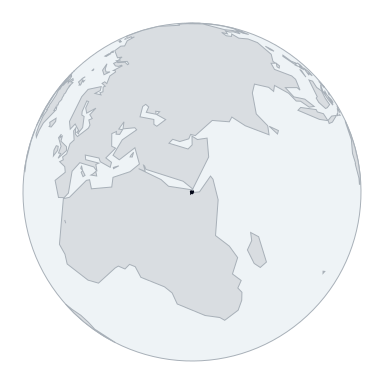 the Earth from above Tadjourah, rotated 320°
{"feature_id": "DJI-1571", "entity_name": "Tadjourah", "entity_type": "Region", "adm_level": 1, "iso_a3": "DJI", "parent_name": "Djibouti", "parent_adm1": "", "projection": "orthographic", "projection_center": [42.622, 12.035], "detail": "fine", "context": "on_globe", "style": "filled", "palette": "ink", "viewbox_px": 384, "rotation_deg": 320, "n_neighbors": 0, "source": "natural_earth", "source_scale": "10m", "svg_char_len": 8783}
<svg xmlns="http://www.w3.org/2000/svg" viewBox="0 0 384 384"><g transform="rotate(320 192 192)"><circle cx="192" cy="192" r="169" fill="#eef3f6" stroke="#a8b0b8"/><path d="M117.3,40.4L116.3,40.9L114.9,41.7L117.3,40.4ZM108.6,45.0L112.1,43.3L101.3,49.6L92.0,56.5L89.4,58.4L86.6,60.0L87.6,59.1L97.9,51.7L108.6,45.0ZM79.7,65.8L79.8,65.7L77.2,68.0L79.7,65.8ZM23.1,196.6L24.7,204.8L27.6,215.1L28.9,225.2L29.3,234.5L36.3,257.4L36.6,258.3L32.0,246.4L28.4,234.3L25.7,221.9L23.9,209.3L23.1,196.6ZM160.3,26.0L160.6,26.0L157.7,26.6L157.2,26.7L160.3,26.0ZM148.3,29.1L149.8,28.6L152.4,27.9L148.3,29.1ZM161.3,25.9L162.2,25.7L163.4,25.5L163.7,25.5L161.3,25.9ZM174.1,24.0L172.1,24.2L174.1,24.0ZM167.6,24.9L160.7,26.1L157.3,27.0L154.9,27.5L160.8,26.0L167.6,24.9ZM165.4,25.2L169.2,24.6L167.6,24.9L165.4,25.2L165.2,25.2L165.4,25.2ZM179.7,23.5L178.9,23.6L179.4,23.5L179.7,23.5ZM167.0,25.1L168.7,24.9L167.0,25.1L167.0,25.1ZM175.8,23.9L176.2,23.8L177.5,23.7L175.8,23.9ZM171.6,24.6L169.4,24.8L169.1,24.8L171.6,24.6ZM173.9,24.2L175.4,24.1L170.4,24.6L173.9,24.1L173.9,24.2ZM176.9,23.8L177.7,23.7L176.5,23.8L176.9,23.8ZM173.9,24.9L167.5,25.6L166.9,25.3L173.2,24.6L173.9,24.9ZM272.8,43.6L277.7,47.3L289.5,56.2L290.1,55.4L294.3,58.1L308.2,70.1L321.4,88.7L327.1,94.6L330.0,98.8L330.6,101.8L326.4,95.6L323.7,93.8L321.2,90.2L320.8,93.7L317.3,88.8L318.7,94.4L322.3,98.2L324.0,96.5L326.7,104.2L333.3,110.8L338.2,119.7L341.2,137.4L338.0,143.9L338.7,147.0L335.3,144.2L334.0,151.1L343.0,167.2L343.8,172.3L340.2,183.4L339.6,179.6L330.6,172.1L331.2,184.6L338.1,193.4L340.6,205.0L336.3,202.3L333.5,192.2L330.3,189.3L329.5,178.5L323.7,163.4L319.2,167.4L318.0,161.1L309.2,149.5L301.9,154.9L291.4,173.5L292.6,189.9L287.8,197.7L275.4,175.5L270.7,160.2L265.7,162.2L253.5,150.2L230.8,150.9L228.0,147.0L223.7,149.2L215.1,145.5L211.1,139.2L205.7,139.8L216.6,156.5L222.4,156.0L227.9,149.2L229.9,155.3L238.2,160.4L227.3,175.9L194.5,190.2L192.1,178.0L171.3,145.1L172.4,141.4L172.3,141.0L172.1,140.3L169.4,146.2L166.1,139.8L176.3,162.6L177.7,172.5L194.0,191.0L192.3,192.9L197.8,196.7L216.4,191.7L216.3,195.7L207.0,214.8L182.0,240.5L185.8,257.5L184.8,271.6L170.3,280.8L172.8,291.4L165.4,295.0L165.8,300.9L160.5,306.9L151.4,312.2L134.6,311.3L132.6,306.0L122.7,295.1L108.7,268.3L111.9,256.6L110.0,247.0L98.0,224.5L100.5,212.7L97.6,207.3L91.2,207.9L87.9,201.4L84.2,200.8L61.8,201.7L55.7,192.7L50.1,166.9L54.7,158.0L56.8,146.9L89.2,114.4L94.7,117.3L118.6,115.2L121.4,116.8L117.0,124.9L133.7,136.6L140.9,130.0L157.6,136.6L169.7,136.8L176.7,121.4L157.0,120.6L155.1,113.1L172.1,107.2L189.6,108.8L189.5,106.0L179.7,99.3L185.0,94.5L176.4,96.7L178.9,99.6L173.6,101.4L171.0,98.9L173.0,97.1L168.1,95.7L159.9,105.3L161.6,109.3L147.9,110.5L149.4,117.5L145.2,120.5L141.2,109.9L142.6,106.2L134.0,95.1L131.3,98.9L139.2,110.0L136.1,109.0L132.5,115.1L132.9,109.7L124.9,97.4L113.5,99.0L96.6,113.4L90.4,114.1L86.2,110.4L94.6,95.1L107.6,95.4L110.8,90.8L110.1,83.7L114.1,84.6L115.4,82.0L120.5,82.2L129.6,76.6L135.1,76.4L140.6,69.1L144.1,68.2L139.9,72.6L139.9,75.9L153.7,76.5L156.9,75.1L159.3,70.5L162.8,71.6L163.4,67.1L172.3,66.0L162.0,63.9L164.6,59.3L170.9,56.3L170.0,54.6L159.6,59.7L157.1,62.2L157.9,64.8L149.6,72.4L144.4,73.4L146.2,64.8L139.1,65.6L143.5,59.2L168.8,48.1L178.4,46.6L190.2,52.9L186.9,55.3L181.0,54.1L184.7,59.1L185.3,56.8L188.2,58.0L191.4,54.5L193.6,55.2L192.9,51.0L196.0,51.5L196.4,54.2L203.7,50.3L210.6,50.9L211.2,49.8L209.9,48.4L219.5,50.5L219.5,49.6L216.4,48.5L214.4,46.2L214.6,43.1L217.9,43.9L218.3,45.2L224.1,49.5L224.5,53.1L225.9,53.2L226.3,50.3L219.3,45.0L218.5,42.9L222.3,45.1L220.8,44.1L221.5,43.4L225.2,43.7L221.2,41.3L223.7,34.1L231.2,34.5L234.3,36.8L239.6,34.5L247.6,36.2L244.7,35.1L245.2,33.9L242.7,33.3L241.4,32.7L241.6,30.8L244.2,31.4L242.3,30.7L257.9,36.4L272.8,43.6ZM76.5,131.6L75.2,134.8L76.5,131.6ZM207.3,119.0L218.4,119.6L214.8,110.1L218.8,109.7L216.1,106.8L214.5,109.4L208.2,101.6L213.5,99.0L212.9,95.1L209.2,94.8L200.5,101.0L209.4,111.9L206.3,115.7L207.3,119.0ZM80.8,65.6L76.6,69.4L79.2,66.8L77.7,68.0L81.2,64.5L88.3,59.2L84.4,62.0L80.8,65.6ZM117.8,69.3L118.9,71.0L115.9,73.7L109.0,75.3L113.2,71.2L117.8,69.3ZM121.1,72.8L124.7,64.6L129.1,63.7L126.0,65.5L128.6,65.8L124.3,68.8L125.0,76.6L122.4,79.6L111.1,80.1L116.2,78.1L114.8,76.3L121.1,72.8ZM126.2,49.6L127.8,47.2L135.3,48.1L132.9,50.3L125.9,51.7L124.6,50.0L126.2,49.6ZM134.7,33.1L134.8,33.0L136.1,32.5L137.1,32.3L134.7,33.1ZM129.4,35.1L129.2,35.1L133.0,33.8L135.3,33.0L143.2,30.3L146.5,29.3L154.5,27.3L155.9,27.0L155.1,27.2L152.3,27.8L153.2,27.7L148.5,28.8L148.8,28.9L135.4,33.3L134.9,33.3L127.7,36.6L123.5,38.0L128.4,35.7L119.7,39.6L122.4,38.1L116.7,40.9L126.6,36.2L129.4,35.1ZM172.9,30.1L169.9,29.6L171.1,31.7L166.4,31.9L166.8,32.2L162.8,33.1L158.7,34.8L156.8,34.8L156.0,35.5L153.3,36.3L151.6,37.4L147.6,37.8L145.2,39.2L144.6,38.7L141.6,41.1L142.1,39.5L138.6,40.8L140.0,41.7L122.4,43.6L114.7,46.5L108.0,50.0L109.7,47.4L117.2,42.8L126.9,38.1L134.1,36.1L133.6,35.5L136.9,34.5L135.9,35.3L139.4,33.5L141.8,33.0L150.6,30.3L154.0,28.6L157.3,27.8L157.2,28.2L160.5,27.1L162.5,27.5L164.9,27.1L169.2,27.3L167.5,28.8L170.3,28.2L173.7,28.6L172.9,30.1ZM174.9,24.9L174.0,26.1L171.0,27.0L164.8,26.4L162.3,26.8L158.2,26.9L162.7,25.8L163.4,25.8L165.2,25.6L163.1,26.0L166.1,25.5L167.3,25.6L169.9,25.3L168.9,25.7L174.9,24.9ZM125.4,114.0L127.7,114.5L131.5,114.4L129.3,118.5L125.4,114.0ZM119.8,105.6L122.0,105.3L120.8,110.5L118.4,110.2L119.8,105.6ZM124.3,100.8L122.2,104.8L121.9,102.5L124.3,100.8ZM142.0,72.2L144.5,71.8L144.4,72.9L142.5,74.5L142.0,72.2ZM175.4,38.4L174.2,37.5L175.2,37.1L175.8,34.8L179.4,34.7L180.4,36.1L175.4,38.4ZM172.8,124.0L168.7,126.8L167.1,125.3L168.9,124.6L172.8,124.0ZM147.5,122.6L152.8,124.9L146.9,123.7L147.5,122.6ZM179.4,37.9L179.2,36.9L181.1,37.5L179.4,37.9ZM182.0,34.6L184.3,35.1L179.9,34.5L182.0,34.6ZM241.5,336.9L242.7,338.2L240.0,338.6L241.5,336.9ZM214.3,269.1L204.0,293.5L195.8,293.7L193.7,286.7L197.2,272.0L206.5,267.6L210.9,260.7L214.3,269.1ZM353.9,227.6L354.9,227.7L354.7,228.5L353.9,227.6ZM353.0,225.6L354.4,225.1L352.5,227.5L353.0,225.6ZM354.9,225.0L356.3,222.7L356.9,221.2L356.6,222.8L354.9,225.0ZM351.9,226.2L344.5,228.7L341.1,227.7L342.3,224.6L347.8,223.6L351.9,226.2ZM342.0,224.7L336.3,218.3L325.7,197.5L329.6,197.1L340.1,208.7L339.5,211.2L343.0,216.5L342.0,224.7ZM354.3,206.0L353.6,213.5L349.9,214.4L348.0,213.9L346.7,204.9L347.5,199.9L349.2,199.5L353.6,181.4L355.6,184.6L354.7,192.0L356.2,197.7L354.3,206.0ZM293.4,191.3L297.7,200.5L294.8,202.5L293.4,191.3ZM353.9,169.5L353.1,177.2L353.3,167.3L353.9,169.5ZM353.1,160.4L353.9,163.8L352.5,160.8L353.1,160.4ZM340.1,151.7L338.4,153.1L337.6,150.7L339.3,147.6L340.1,151.7ZM341.9,127.5L344.7,134.4L345.3,136.9L343.2,133.0L341.9,127.5ZM209.3,39.1L204.5,42.1L203.3,44.9L206.4,47.3L200.0,45.6L201.8,41.2L209.3,39.1ZM221.6,34.4L218.9,32.9L221.4,33.1L222.4,33.5L221.6,34.4ZM219.0,33.9L213.3,33.0L212.6,31.9L217.3,32.7L219.0,33.9ZM196.2,34.6L194.5,35.3L193.1,34.7L196.2,34.6ZM331.4,287.5L325.8,294.2L325.2,293.7L328.8,288.7L335.2,275.2L335.7,275.2L339.7,265.7L347.7,254.4L354.6,236.7L355.0,236.5L350.7,249.9L345.3,263.0L338.9,275.5L331.4,287.5ZM356.1,226.9L358.0,220.3L358.4,219.3L356.1,226.9ZM360.9,197.0L360.8,196.0L360.9,194.6L360.9,197.0ZM359.9,204.5L359.7,206.4L359.6,205.2L359.9,204.5ZM360.2,203.0L360.5,204.2L360.1,204.7L360.2,203.0ZM357.0,198.9L357.4,203.2L358.7,199.5L357.7,204.3L358.1,211.3L357.6,214.3L357.3,206.7L356.4,215.3L355.7,215.5L355.8,208.5L356.8,199.4L357.4,195.4L359.5,192.4L357.0,198.9ZM360.4,197.4L360.2,192.3L360.3,188.6L360.5,191.2L360.4,197.4ZM358.8,180.3L357.3,174.9L356.7,177.8L357.2,168.3L358.7,175.0L358.8,180.3ZM356.4,167.7L355.9,170.3L355.9,164.9L356.4,167.7ZM355.3,168.4L354.4,164.4L355.2,164.5L355.3,168.4ZM356.8,167.6L355.6,160.6L356.6,164.5L356.8,167.6ZM352.0,155.4L355.1,161.2L352.5,159.5L348.8,146.4L349.6,145.6L352.0,155.4ZM334.2,102.5L332.0,99.3L331.7,98.2L333.3,100.7L334.2,102.5ZM328.9,93.1L331.0,96.9L332.2,100.7L333.5,102.0L336.7,107.8L333.0,102.9L329.7,96.2L329.3,94.4L326.1,89.8L323.8,86.5L319.3,81.2L317.3,78.7L321.3,83.2L328.9,93.1ZM314.5,75.6L315.4,76.6L314.7,75.9L317.4,79.0L308.7,70.0L309.6,70.7L314.5,75.6ZM307.0,68.2L306.1,67.6L291.7,56.2L288.9,54.1L300.5,62.5L300.3,62.5L303.7,65.4L307.0,68.2ZM240.0,32.4L238.3,31.7L239.9,31.9L240.0,32.4ZM234.7,29.9L234.0,30.2L233.3,29.5L234.7,29.9ZM232.9,31.0L233.1,30.1L234.9,31.5L232.9,31.0Z" fill="#d9dde1" stroke="#a8b0b8" stroke-width="1"/><path d="M190.1,192.5L190.4,192.1L190.5,191.9L190.7,191.7L191.0,191.2L191.3,190.7L191.5,190.6L192.2,191.0L192.2,191.4L192.3,191.4L192.4,191.5L192.5,191.6L193.1,192.2L193.2,192.3L193.2,192.5L193.3,192.5L193.2,192.7L193.0,192.8L192.9,192.8L192.8,192.7L192.8,192.8L192.5,192.8L192.4,192.9L192.4,193.0L192.2,193.3L191.9,193.4L191.7,193.3L191.4,193.3L191.4,193.2L190.8,192.6L190.6,192.6L190.2,192.5L190.1,192.5Z" fill="#0f172a" stroke="#020617" stroke-width="1.5"/></g></svg>